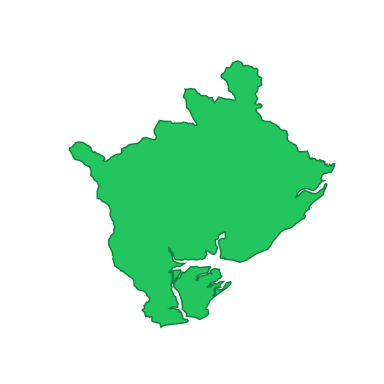 outline of Angoche, Nampula, Mozambique, rotated 16°
{"feature_id": "85939544B28799715012212", "entity_name": "Angoche", "entity_type": "district", "adm_level": 2, "iso_a3": "MOZ", "parent_name": "Mozambique", "parent_adm1": "Nampula", "projection": "albers", "projection_center": [39.817, -16.095], "detail": "fine", "context": "isolated", "style": "filled", "palette": "green", "viewbox_px": 384, "rotation_deg": 16, "n_neighbors": 0, "source": "geoboundaries", "source_scale": "gbopen_adm2", "svg_char_len": 6075}
<svg xmlns="http://www.w3.org/2000/svg" viewBox="0 0 384 384"><g transform="rotate(16 192 192)"><path d="M321.5,129.3L321.3,125.7L319.2,126.4L318.7,128.7L316.4,127.5L316.5,129.2L315.7,129.9L314.5,129.6L314.1,128.1L312.3,129.2L311.4,126.5L310.3,126.7L309.9,127.7L309.8,126.2L309.3,125.9L308.2,126.0L308.1,126.7L306.6,126.0L306.5,126.9L305.7,126.0L305.1,127.2L303.8,127.1L303.1,127.7L301.5,126.2L299.0,126.6L298.0,126.2L298.1,127.6L296.5,127.4L295.5,126.4L294.8,126.5L294.5,124.8L291.7,121.0L286.0,123.3L283.0,123.7L279.2,118.5L271.2,116.7L269.0,114.9L268.1,111.9L268.5,111.0L267.3,109.2L266.4,108.9L266.5,107.5L263.6,107.1L262.5,107.9L259.5,107.4L257.5,105.5L256.0,105.5L255.3,104.6L249.7,103.6L248.2,102.7L242.5,103.9L239.6,103.6L236.6,99.7L232.0,96.9L230.7,95.0L231.1,93.9L233.5,92.3L234.7,92.3L235.5,90.0L233.7,88.5L232.9,89.1L231.8,88.8L231.9,89.8L228.0,89.7L229.2,84.9L229.0,83.8L225.6,80.2L227.2,76.8L226.5,72.6L229.3,70.3L229.0,68.4L227.9,67.2L227.5,63.3L223.8,62.3L222.9,61.5L221.9,60.0L222.2,58.3L221.5,56.5L220.1,55.3L217.3,56.4L215.6,55.4L210.9,55.0L206.4,56.4L205.8,56.4L205.2,54.8L203.8,54.0L200.0,53.4L195.5,56.7L194.5,61.9L190.8,63.1L190.3,68.0L188.3,71.1L188.0,72.5L188.9,73.6L193.6,75.3L195.8,77.1L197.9,80.5L199.2,84.5L203.7,85.6L204.5,86.9L206.4,87.5L208.2,91.2L207.7,92.3L203.1,92.4L198.8,93.4L191.6,93.4L189.1,99.9L187.1,98.5L185.7,95.9L184.6,95.8L182.9,97.1L179.2,95.6L173.8,97.0L171.9,95.4L169.9,95.1L166.3,92.4L161.3,93.3L159.6,94.5L157.0,95.1L157.9,96.5L157.5,103.0L160.8,104.7L163.6,112.3L166.6,113.8L173.2,121.2L177.9,125.0L178.1,126.8L176.0,127.0L173.6,125.7L172.6,126.6L170.6,126.6L169.6,127.5L168.4,126.9L164.8,127.3L162.4,128.9L156.2,130.5L155.6,131.4L153.3,131.2L152.0,130.0L147.0,131.5L141.1,132.2L138.6,142.2L139.4,145.3L142.7,148.6L142.5,151.6L140.2,152.3L132.4,152.4L129.5,154.1L128.7,156.8L126.7,160.0L118.7,163.7L116.0,167.2L112.6,170.0L113.6,173.2L112.8,175.1L109.8,176.3L107.1,178.3L106.1,179.9L104.7,180.7L104.0,182.7L100.3,186.5L98.1,186.4L99.1,184.3L97.4,182.4L91.4,181.1L89.5,181.3L88.2,180.1L85.7,181.1L83.7,179.5L82.3,177.0L73.5,174.5L69.2,175.2L66.1,177.2L66.4,178.4L65.3,179.6L65.2,180.9L62.5,183.5L62.5,185.3L66.4,188.6L68.0,190.9L70.6,192.7L77.5,192.8L80.9,194.8L86.9,196.4L88.3,197.8L89.7,200.8L90.2,204.0L93.0,205.3L94.6,207.3L98.3,208.3L100.9,212.2L100.6,217.0L102.6,224.0L103.7,224.4L105.8,223.8L108.5,226.0L110.8,225.8L115.6,227.9L118.8,231.6L119.4,235.9L120.2,237.5L123.2,241.2L124.9,242.3L125.2,244.4L127.5,246.8L127.2,250.0L128.5,252.8L125.8,256.8L126.1,258.3L125.2,260.4L125.5,262.9L127.1,266.3L132.4,272.4L133.0,274.4L134.5,276.1L134.3,277.9L138.2,284.3L143.5,286.1L145.5,287.5L146.9,287.0L154.8,290.4L157.2,290.8L160.3,292.6L162.3,298.0L164.2,298.6L166.1,300.2L167.4,300.7L173.3,300.5L175.8,301.8L177.2,303.7L180.8,306.3L181.0,307.1L180.6,309.7L178.6,310.7L178.0,312.1L178.0,313.6L177.2,314.2L178.4,317.1L176.8,318.9L176.9,319.5L179.3,320.5L181.8,324.3L182.3,323.6L183.2,324.1L184.6,323.3L185.6,324.1L187.5,323.0L188.3,323.8L188.5,325.7L189.6,327.3L197.5,327.2L199.5,330.6L200.7,328.9L203.0,327.3L221.0,319.7L223.2,318.2L224.0,316.8L222.7,315.9L219.5,316.4L217.8,315.7L217.0,314.9L217.4,314.3L214.3,310.3L212.7,310.5L212.7,309.3L212.0,309.0L206.1,309.0L203.9,310.1L202.2,310.1L205.1,307.6L210.0,306.8L209.3,304.8L209.5,303.2L206.9,300.9L205.5,297.5L202.9,296.2L198.8,291.0L198.8,289.0L197.5,286.5L197.1,280.7L194.6,273.3L193.2,275.9L191.8,275.5L194.6,269.6L196.5,268.9L197.3,267.6L200.8,266.9L204.5,262.7L200.5,263.9L196.8,264.1L193.9,263.6L191.9,262.1L189.5,257.0L186.0,254.7L185.3,252.0L186.8,252.7L188.0,254.7L190.3,256.0L193.3,260.5L194.9,261.5L201.7,260.2L204.1,258.1L206.2,258.4L212.1,256.3L215.0,256.2L218.4,253.9L220.2,254.2L222.5,251.7L223.4,248.1L221.4,244.4L223.4,244.3L228.8,246.2L230.5,245.7L231.6,244.5L231.8,238.9L231.5,238.0L229.7,236.9L227.6,231.4L229.8,230.1L229.6,225.6L231.1,224.5L231.3,223.3L232.6,223.6L232.9,222.4L234.8,221.3L237.0,226.9L236.0,228.1L233.9,228.0L231.5,230.9L231.1,232.6L236.8,242.3L236.6,243.7L237.3,244.2L236.8,245.9L237.6,247.6L239.5,247.6L240.7,246.4L241.5,246.5L241.2,247.1L242.0,247.5L250.0,246.1L257.4,246.4L263.4,242.2L270.8,233.6L280.7,226.0L282.7,220.8L283.3,217.3L288.7,205.3L291.5,202.6L297.2,198.8L304.4,188.8L307.4,186.0L307.5,184.0L307.1,183.3L306.1,183.3L305.9,182.2L306.4,180.1L309.4,176.0L308.6,175.0L308.7,173.7L311.9,167.7L318.8,158.5L318.7,154.6L319.7,148.9L319.3,147.3L318.4,147.1L317.8,147.7L317.3,152.7L314.8,154.9L313.4,157.5L311.3,159.6L307.7,160.1L299.9,159.4L297.6,162.1L294.4,167.6L293.4,168.1L294.1,163.6L295.2,160.9L298.0,158.3L302.0,156.9L307.9,157.3L309.9,155.6L313.5,146.5L315.6,144.8L313.6,145.1L312.3,144.0L312.5,139.3L314.8,137.1L316.1,136.9L318.3,135.0L320.3,134.7L321.5,129.3ZM229.7,263.6L229.8,260.4L230.6,259.6L230.1,258.7L220.3,262.5L218.4,262.8L217.2,262.2L214.0,263.6L211.8,263.8L207.1,271.7L206.5,272.1L205.9,271.4L204.9,271.7L203.9,277.6L201.1,280.5L200.5,283.0L200.2,286.1L200.7,288.4L206.1,291.1L207.8,292.9L212.4,299.9L214.7,305.3L214.8,307.0L220.4,310.2L220.7,312.8L229.8,311.4L234.6,312.4L239.8,307.5L241.3,305.0L241.3,303.8L239.9,300.9L237.8,301.0L237.1,299.7L238.3,296.8L239.2,291.7L242.0,286.9L252.8,273.1L254.3,269.7L254.5,268.3L253.7,267.7L250.0,270.1L248.7,276.1L247.6,277.6L245.6,278.4L242.3,277.7L241.2,278.1L242.5,283.2L242.1,285.0L240.3,286.6L241.8,283.0L240.2,280.4L240.5,277.8L242.1,276.3L245.1,276.2L245.9,275.6L244.8,274.3L245.3,272.1L246.9,269.5L244.3,270.4L240.7,273.9L238.1,273.7L236.9,275.8L236.6,277.6L233.9,278.5L233.4,279.3L232.9,278.9L234.0,277.4L236.1,276.6L235.8,275.8L234.7,275.5L236.4,273.2L240.4,270.2L240.9,268.7L243.1,266.7L243.9,264.9L243.6,264.3L242.0,263.9L241.6,262.4L239.7,259.8L239.7,258.9L234.4,259.5L232.0,262.0L231.9,263.1L233.3,265.2L231.4,264.8L228.5,267.8L223.5,270.6L221.8,272.2L221.9,275.1L220.7,275.7L220.1,274.9L220.7,273.4L219.9,272.5L220.1,271.6L222.6,268.9L228.9,265.3L229.7,263.6ZM199.6,285.5L199.8,280.3L202.0,277.1L203.2,272.2L203.1,270.8L202.4,270.0L196.3,272.4L195.8,274.3L197.2,277.5L198.6,284.7L199.6,285.5Z" fill="#22c55e" stroke="#15803d" stroke-width="1.5"/></g></svg>